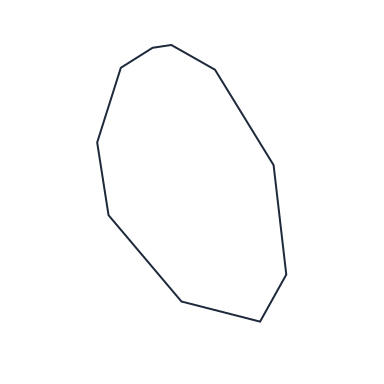 the state/province of Brändö, rotated 333°
{"feature_id": "ALD-4823", "entity_name": "Brändö", "entity_type": "state/province", "adm_level": 1, "iso_a3": "ALA", "parent_name": "Aland", "parent_adm1": "", "projection": "albers", "projection_center": [21.08, 60.465], "detail": "fine", "context": "isolated", "style": "outline", "palette": "slate", "viewbox_px": 384, "rotation_deg": 333, "n_neighbors": 0, "source": "natural_earth", "source_scale": "10m", "svg_char_len": 293}
<svg xmlns="http://www.w3.org/2000/svg" viewBox="0 0 384 384"><g transform="rotate(333 192 192)"><path d="M240.3,51.6L268.0,93.5L276.9,205.1L238.5,308.4L193.8,338.4L132.9,284.8L107.1,174.8L130.0,104.8L185.0,49.0L222.3,45.6L240.3,51.6Z" fill="none" stroke="#1e293b" stroke-width="2"/></g></svg>